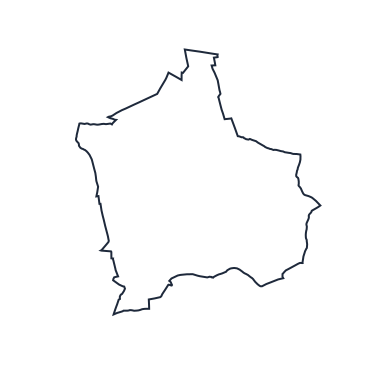 Calafindesti, Suceava, Romania, rotated 106°
{"feature_id": "2599482B65391270608519", "entity_name": "Calafindesti", "entity_type": "district", "adm_level": 2, "iso_a3": "ROU", "parent_name": "Romania", "parent_adm1": "Suceava", "projection": "albers", "projection_center": [26.102, 47.86], "detail": "fine", "context": "isolated", "style": "outline", "palette": "slate", "viewbox_px": 384, "rotation_deg": 106, "n_neighbors": 0, "source": "geoboundaries", "source_scale": "gbopen_adm2", "svg_char_len": 4978}
<svg xmlns="http://www.w3.org/2000/svg" viewBox="0 0 384 384"><g transform="rotate(106 192 192)"><path d="M331.3,233.6L330.4,232.5L328.8,230.5L328.3,229.7L327.8,228.9L326.7,227.2L325.7,225.7L325.0,225.2L324.8,224.7L323.8,221.2L323.3,220.1L322.7,219.3L322.4,218.2L322.2,216.7L322.1,214.9L321.1,212.1L320.5,210.7L319.5,209.1L318.4,207.6L317.4,205.4L316.7,203.1L316.1,201.0L313.2,201.9L307.2,203.9L304.6,198.6L301.8,193.5L300.7,192.8L298.2,192.4L293.8,191.0L289.8,189.8L287.8,189.2L287.5,188.8L287.5,187.3L287.6,186.3L287.5,185.8L286.9,185.6L286.4,186.0L285.8,186.6L285.4,186.9L284.6,187.5L284.1,188.3L283.7,189.3L280.8,187.9L276.2,182.7L274.9,180.3L273.9,177.8L272.6,174.5L272.0,172.5L270.9,169.1L270.8,168.2L270.9,163.7L270.8,161.3L269.9,153.8L269.4,153.0L269.1,152.5L268.6,151.8L268.6,151.5L268.3,150.0L268.3,149.6L268.6,149.5L268.5,148.6L268.5,148.1L267.7,147.7L266.3,146.3L264.8,144.7L263.6,143.2L263.1,142.3L261.9,140.5L259.2,137.2L258.6,137.0L257.5,136.5L255.3,134.4L254.6,133.3L253.8,131.5L253.4,130.5L253.1,128.5L253.0,127.6L253.5,124.8L254.7,121.6L255.3,120.3L255.7,118.8L255.9,117.4L256.4,115.2L256.9,114.1L257.7,112.1L258.2,110.5L258.9,109.2L259.7,108.2L261.0,106.4L262.6,103.5L263.6,101.0L263.7,100.0L263.3,98.7L260.0,95.2L256.9,91.1L252.3,85.1L249.7,80.5L248.9,81.3L248.2,81.8L247.2,82.0L245.9,82.4L245.2,82.0L243.8,81.4L241.5,80.2L239.7,78.3L234.6,73.1L231.8,70.3L230.5,68.8L230.2,67.9L230.0,66.8L229.9,66.4L229.8,66.1L228.9,66.4L224.8,66.9L223.4,67.1L222.5,67.1L219.4,67.0L217.9,67.0L215.1,66.5L214.3,66.2L213.4,66.3L210.5,66.9L208.4,67.8L207.5,68.2L206.5,68.5L205.3,69.5L204.6,69.9L202.6,70.6L201.9,70.8L201.1,71.0L199.5,71.3L198.6,71.4L197.8,71.5L196.4,71.5L194.8,71.8L193.5,72.1L191.9,73.0L191.1,73.2L190.0,73.2L186.7,72.7L185.9,72.6L184.6,72.6L183.6,72.8L182.9,73.2L182.0,73.2L181.6,73.2L180.6,72.8L179.1,72.0L177.9,71.7L177.4,71.7L177.0,71.7L173.5,68.3L171.6,66.5L169.6,64.9L166.4,70.4L164.8,74.0L164.3,75.3L164.1,76.4L163.8,78.8L163.8,80.7L163.8,82.2L163.7,83.1L163.3,84.0L162.5,85.0L160.6,86.7L158.6,88.3L157.4,89.9L156.7,91.1L156.1,91.5L154.8,91.6L152.4,92.3L150.0,93.4L149.2,94.0L148.6,95.5L148.0,96.2L146.7,96.6L144.3,96.7L142.8,96.9L141.2,96.7L139.5,96.9L136.2,96.6L133.7,96.5L131.0,96.7L127.6,97.6L126.1,98.2L126.6,101.7L127.5,105.2L127.5,106.6L127.4,107.9L127.7,109.8L127.9,111.5L128.2,113.8L127.9,115.6L128.0,116.2L128.2,118.0L128.2,120.0L128.3,122.6L128.7,124.4L129.1,125.1L129.1,125.9L128.9,127.6L129.1,128.9L129.0,129.8L128.9,130.7L129.0,131.5L128.8,132.7L128.6,134.0L128.1,135.1L127.7,136.8L127.1,139.2L126.4,142.1L125.5,144.5L125.4,147.7L125.3,149.4L125.1,150.2L125.1,151.1L126.0,152.0L126.2,153.3L126.3,154.7L126.0,155.8L125.9,156.7L125.6,157.2L125.3,157.6L125.4,158.5L125.6,159.0L125.7,159.5L125.6,160.7L125.5,161.8L125.6,162.7L125.7,163.4L119.1,168.1L110.4,174.5L110.6,174.9L111.2,176.2L113.0,180.7L108.1,183.8L104.7,186.2L101.0,188.4L95.0,191.9L93.8,192.6L93.5,193.0L92.1,192.6L89.8,191.7L88.0,192.7L86.6,193.6L80.7,196.5L77.5,198.1L71.1,203.2L67.9,206.2L65.0,208.0L63.8,204.5L61.3,205.7L56.8,208.0L55.3,204.6L55.2,204.5L53.9,205.1L53.5,205.3L53.1,205.3L52.7,205.3L53.3,209.7L54.9,222.9L56.2,232.1L57.0,238.2L64.6,234.4L72.0,230.4L72.3,230.3L75.9,231.8L80.0,233.5L80.0,234.8L83.3,234.0L87.2,232.9L85.6,239.4L83.7,247.5L84.8,247.6L89.2,248.1L91.4,248.5L94.4,249.3L101.2,251.1L107.3,252.5L117.1,263.8L120.5,267.7L123.9,271.7L126.7,274.9L130.1,278.8L132.7,282.0L135.2,284.6L136.8,286.3L140.4,289.4L141.5,290.7L142.7,292.9L143.2,293.4L143.6,290.6L143.5,288.7L143.6,287.5L143.8,286.2L143.6,284.9L145.7,286.1L147.9,287.3L149.1,287.6L148.9,288.3L148.7,289.4L149.8,291.8L150.5,293.4L150.8,295.6L151.5,297.4L152.7,299.8L153.3,301.2L153.6,302.7L153.7,304.2L154.1,305.8L154.8,307.2L155.2,308.1L155.2,309.5L154.9,311.1L155.2,312.2L156.2,314.0L156.4,315.7L156.6,317.5L156.9,318.5L157.3,319.1L158.4,319.0L161.9,318.9L165.0,318.7L167.6,318.6L169.2,318.5L170.5,318.2L172.5,318.2L173.8,317.9L174.9,316.9L175.5,315.9L176.4,314.4L177.5,313.8L178.7,313.4L179.6,312.3L180.1,311.7L180.3,311.3L180.6,310.3L180.7,309.7L180.7,308.7L181.0,307.5L181.1,307.0L181.1,306.5L181.9,304.6L183.0,302.8L183.7,301.9L184.4,300.9L185.8,299.6L188.1,297.5L189.0,296.9L192.4,294.9L196.5,292.5L200.3,290.2L203.6,288.7L207.3,287.2L208.4,286.6L212.8,283.7L218.5,283.0L222.6,282.7L221.7,280.8L228.9,277.7L228.6,276.7L234.7,273.9L239.6,271.2L242.8,269.3L248.7,266.0L254.9,262.3L257.8,260.6L260.8,259.1L261.7,258.6L262.5,258.5L262.9,258.5L263.5,258.7L266.0,259.8L272.8,262.9L273.3,263.4L273.3,262.9L271.4,253.5L271.9,253.0L278.0,251.2L277.9,250.6L277.7,249.6L278.1,249.6L280.0,248.4L281.1,247.8L282.5,247.0L283.9,246.2L285.5,245.3L286.9,244.5L288.1,243.9L293.5,239.8L294.8,242.2L295.5,243.3L297.2,243.6L298.6,243.5L299.2,241.8L301.1,236.5L301.7,232.7L301.6,231.1L303.4,229.8L305.8,230.1L309.2,231.1L310.0,231.9L311.2,232.4L312.7,232.5L314.7,231.8L315.7,232.8L320.8,233.0L321.7,233.1L324.5,233.3L326.0,233.4L330.6,233.6L331.3,233.6Z" fill="none" stroke="#1e293b" stroke-width="2"/></g></svg>